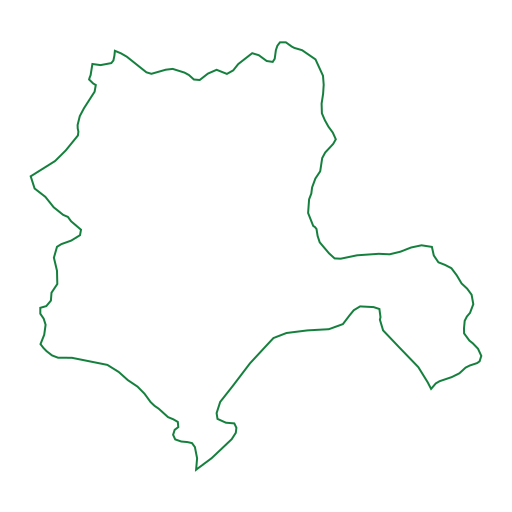 Konya, Robinson projection
{"feature_id": "TUR-3011", "entity_name": "Konya", "entity_type": "Province", "adm_level": 1, "iso_a3": "TUR", "parent_name": "Turkey", "parent_adm1": "", "projection": "robinson", "projection_center": [32.808, 37.948], "detail": "fine", "context": "isolated", "style": "outline", "palette": "green", "viewbox_px": 512, "rotation_deg": 0, "n_neighbors": 0, "source": "natural_earth", "source_scale": "10m", "svg_char_len": 2295}
<svg xmlns="http://www.w3.org/2000/svg" viewBox="0 0 512 512"><path d="M285.8,42.3L291.8,46.6L294.3,47.9L302.1,50.2L315.5,59.4L323.0,75.8L323.7,84.8L323.1,93.9L321.6,103.6L321.9,113.3L324.8,120.1L328.4,126.6L332.8,132.6L335.8,139.3L333.2,143.9L325.2,152.5L322.2,158.1L320.2,171.3L315.4,178.5L312.1,187.4L311.3,193.6L309.1,199.3L308.1,213.0L313.2,225.9L315.0,227.1L316.5,229.0L317.6,235.9L319.7,242.3L329.0,253.3L334.6,258.4L340.7,258.7L357.1,255.3L378.7,253.8L389.6,254.3L400.4,251.7L411.1,247.5L421.5,245.3L431.9,246.9L433.8,255.5L438.4,262.3L445.0,264.9L451.4,268.2L456.8,275.4L461.6,283.5L467.1,288.6L471.6,294.7L473.3,304.2L470.0,312.9L466.9,316.5L464.7,320.8L464.0,328.4L464.1,333.4L469.4,340.6L472.8,343.3L478.0,348.7L481.3,355.9L479.6,361.3L477.1,363.1L469.8,365.5L465.6,367.6L459.4,373.3L451.7,377.1L439.6,381.2L435.8,383.4L431.1,388.9L427.7,382.3L418.3,367.1L410.1,358.6L398.8,346.9L383.1,330.4L379.9,319.7L380.5,317.2L379.4,309.0L373.6,307.1L360.1,306.4L353.8,310.2L349.6,315.3L342.9,324.1L328.8,329.2L307.4,330.4L286.5,333.0L273.5,338.0L266.3,345.7L250.0,363.3L233.2,385.4L220.2,401.9L216.6,413.1L217.5,418.9L225.9,422.7L234.3,423.4L236.4,427.8L235.8,432.8L231.7,439.2L211.7,458.1L196.1,469.7L197.1,458.3L194.9,447.1L192.0,443.1L187.6,442.1L181.2,441.5L175.2,439.4L173.1,434.8L174.7,429.8L178.3,427.1L177.8,421.9L173.3,419.3L168.0,417.1L158.7,408.7L154.5,405.8L150.6,402.1L144.5,393.7L137.5,386.6L127.8,380.1L118.9,372.1L107.4,364.9L71.9,357.8L58.0,357.7L52.0,355.4L46.6,351.2L43.4,347.9L40.5,344.1L44.2,334.8L45.6,324.8L43.7,318.7L40.3,313.7L40.3,307.8L46.3,306.1L50.9,300.6L51.5,292.7L57.3,284.0L57.0,270.8L53.9,257.7L57.0,246.8L61.4,244.1L71.2,240.6L80.0,235.2L81.0,229.7L71.1,221.3L67.9,216.9L63.2,214.9L53.7,207.3L45.4,196.9L34.6,188.5L30.7,176.3L55.1,161.0L65.7,150.5L77.9,135.5L78.4,131.7L77.7,128.4L77.6,125.0L79.8,116.1L84.0,108.2L94.6,91.7L95.8,85.0L93.2,83.5L89.1,79.5L89.7,77.4L90.6,75.2L92.4,64.0L100.5,65.1L111.3,63.1L113.4,60.5L114.4,55.7L114.9,50.8L120.9,53.3L126.8,56.7L146.4,72.3L151.4,73.8L165.8,69.7L172.7,68.9L184.5,72.6L188.9,75.0L193.9,79.5L199.7,80.0L207.9,73.6L216.6,69.8L226.9,73.9L233.2,70.4L238.2,64.1L252.2,53.2L258.8,55.2L266.7,61.0L272.7,61.9L274.7,58.8L275.9,50.1L277.4,45.7L280.0,42.3L285.8,42.3Z" fill="none" stroke="#15803d" stroke-width="2"/></svg>